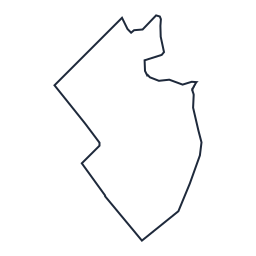 the district of Chegutu Urban, Mashonaland West, Zimbabwe
{"feature_id": "62879985B25835202040787", "entity_name": "Chegutu Urban", "entity_type": "district", "adm_level": 2, "iso_a3": "ZWE", "parent_name": "Zimbabwe", "parent_adm1": "Mashonaland West", "projection": "natural_earth1", "projection_center": [30.15, -18.125], "detail": "fine", "context": "isolated", "style": "outline", "palette": "slate", "viewbox_px": 256, "rotation_deg": 0, "n_neighbors": 0, "source": "geoboundaries", "source_scale": "gbopen_adm2", "svg_char_len": 861}
<svg xmlns="http://www.w3.org/2000/svg" viewBox="0 0 256 256"><path d="M156.1,15.4L142.6,29.5L134.1,30.2L131.1,32.7L127.5,29.0L122.0,17.8L105.1,34.7L54.5,85.3L85.0,123.4L99.5,142.7L99.5,145.7L81.8,163.3L105.1,195.5L105.1,196.3L141.9,240.6L178.4,211.2L189.8,183.6L199.9,155.4L201.5,142.4L198.4,130.5L193.1,107.7L193.7,94.7L193.4,93.7L193.4,93.4L193.1,92.7L192.8,92.0L192.8,91.6L192.5,91.0L192.5,90.6L192.2,90.3L192.2,89.9L192.2,89.6L192.2,89.3L192.5,89.3L192.5,88.9L192.8,88.6L192.8,88.2L193.1,87.9L193.4,87.5L193.4,87.2L193.7,86.9L194.0,86.5L194.0,86.2L194.3,85.5L194.9,84.8L195.2,84.1L195.5,83.4L195.8,83.1L196.1,82.4L196.4,82.1L191.7,81.8L182.6,84.6L169.3,79.7L158.9,80.8L149.9,77.3L147.7,75.0L147.2,75.4L145.0,70.9L144.6,60.3L161.7,54.9L164.0,52.1L160.7,36.7L160.4,25.9L160.9,19.2L159.8,16.5L156.1,15.4Z" fill="none" stroke="#1e293b" stroke-width="2"/></svg>